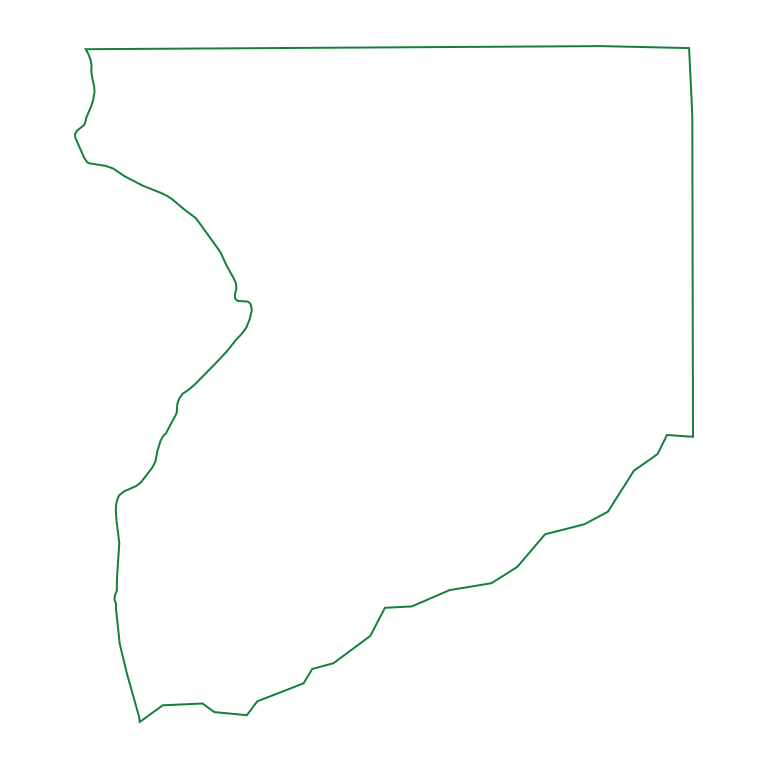 Crawford, Wisconsin, United States of America (Albers equal-area conic projection)
{"feature_id": "52423323B39438565558439", "entity_name": "Crawford", "entity_type": "district", "adm_level": 2, "iso_a3": "USA", "parent_name": "United States of America", "parent_adm1": "Wisconsin", "projection": "albers", "projection_center": [-91.077, 43.206], "detail": "fine", "context": "isolated", "style": "outline", "palette": "green", "viewbox_px": 768, "rotation_deg": 0, "n_neighbors": 0, "source": "geoboundaries", "source_scale": "gbopen_adm2", "svg_char_len": 1345}
<svg xmlns="http://www.w3.org/2000/svg" viewBox="0 0 768 768"><path d="M689.1,48.1L601.3,46.1L85.7,49.2L88.4,54.1L90.6,60.1L91.5,65.0L91.3,71.6L92.6,80.0L94.1,85.9L94.5,91.9L93.1,100.4L91.1,106.5L86.4,117.4L85.0,123.4L83.6,125.4L76.8,130.9L75.0,134.2L75.2,137.5L84.3,158.1L87.3,162.3L89.7,163.4L105.3,165.8L113.0,168.4L124.3,176.1L142.6,185.6L162.3,193.5L167.4,196.1L171.5,198.7L184.4,209.6L196.1,218.4L220.4,252.1L226.9,266.2L233.9,278.6L236.1,283.8L236.3,288.7L234.9,294.7L235.1,298.1L236.1,299.8L238.1,301.0L247.3,301.5L249.6,302.8L250.9,305.0L251.7,308.6L251.7,310.7L249.7,319.1L246.4,327.4L242.1,333.4L236.0,339.8L227.6,350.5L218.4,360.4L195.3,384.0L188.7,389.7L182.7,393.7L179.2,398.5L177.3,404.2L176.7,413.0L165.7,433.8L163.7,435.3L160.6,440.6L157.5,450.6L155.4,461.6L152.1,467.8L140.8,482.5L136.0,486.1L124.8,491.0L119.2,495.2L117.3,499.6L116.2,504.2L115.8,510.2L116.4,519.9L119.3,543.0L116.9,579.4L116.9,590.7L115.2,594.4L114.4,599.3L116.1,604.3L115.9,607.6L119.7,643.7L126.9,673.5L139.1,716.8L139.8,721.9L162.8,705.3L202.5,703.5L214.3,712.1L246.9,715.2L257.3,701.3L303.6,683.3L312.3,668.9L333.5,663.2L370.3,635.9L384.9,607.8L411.9,606.4L449.5,590.1L491.5,583.2L517.4,566.8L545.0,534.3L584.5,524.2L607.9,511.7L633.9,470.7L657.6,454.0L667.0,435.0L693.0,436.8L692.3,115.5L689.1,48.1Z" fill="none" stroke="#15803d" stroke-width="2"/></svg>